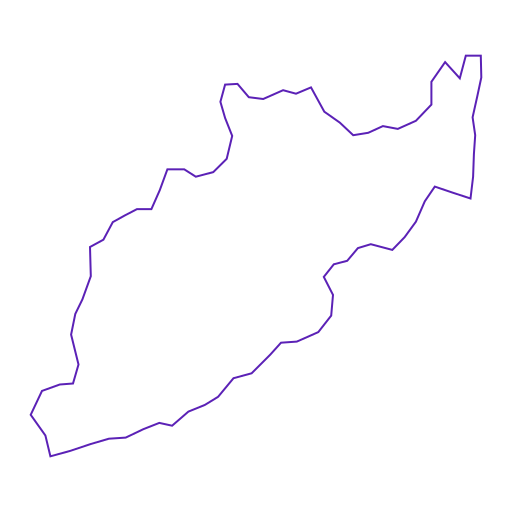 Rio Grande da Serra, São Paulo, Brazil (Equal Earth projection)
{"feature_id": "56859067B81841601254285", "entity_name": "Rio Grande da Serra", "entity_type": "district", "adm_level": 2, "iso_a3": "BRA", "parent_name": "Brazil", "parent_adm1": "São Paulo", "projection": "equal_earth", "projection_center": [-46.376, -23.738], "detail": "fine", "context": "isolated", "style": "outline", "palette": "violet", "viewbox_px": 512, "rotation_deg": 0, "n_neighbors": 0, "source": "geoboundaries", "source_scale": "gbopen_adm2", "svg_char_len": 1094}
<svg xmlns="http://www.w3.org/2000/svg" viewBox="0 0 512 512"><path d="M30.7,414.8L45.4,435.5L50.4,456.3L69.8,451.0L90.8,444.0L108.9,438.7L125.7,437.6L143.3,429.2L159.3,422.9L172.1,425.7L188.4,411.6L204.9,404.9L218.1,396.8L233.5,378.2L251.6,373.3L270.3,354.6L281.0,342.7L296.8,341.6L318.3,332.1L331.2,315.6L333.0,294.9L323.8,276.9L333.8,264.3L347.2,260.8L357.9,248.1L370.8,244.2L392.3,249.9L404.6,237.2L415.9,221.7L424.8,201.3L434.8,186.6L453.4,192.9L470.5,198.5L473.1,176.7L473.9,154.2L475.2,135.2L472.6,117.3L477.3,96.2L481.3,77.5L480.8,55.7L465.8,55.7L459.8,78.3L445.1,62.1L431.4,81.8L431.4,104.6L415.9,120.8L397.8,128.9L382.9,126.1L368.2,132.8L353.2,135.2L339.8,122.6L324.3,111.7L311.0,87.4L296.0,93.7L283.1,90.2L263.2,99.0L248.8,97.2L237.5,83.9L225.1,84.6L220.4,101.8L225.1,118.0L232.2,135.9L226.7,158.8L213.3,172.1L195.8,176.7L184.2,169.3L167.4,169.3L159.8,190.1L151.4,209.1L137.0,209.1L124.9,215.4L112.8,222.1L103.4,239.7L90.0,247.0L90.8,276.2L82.4,299.4L75.3,313.9L71.1,334.6L78.5,364.5L73.0,383.5L59.8,384.5L42.0,390.9L30.7,414.8Z" fill="none" stroke="#5b21b6" stroke-width="2"/></svg>